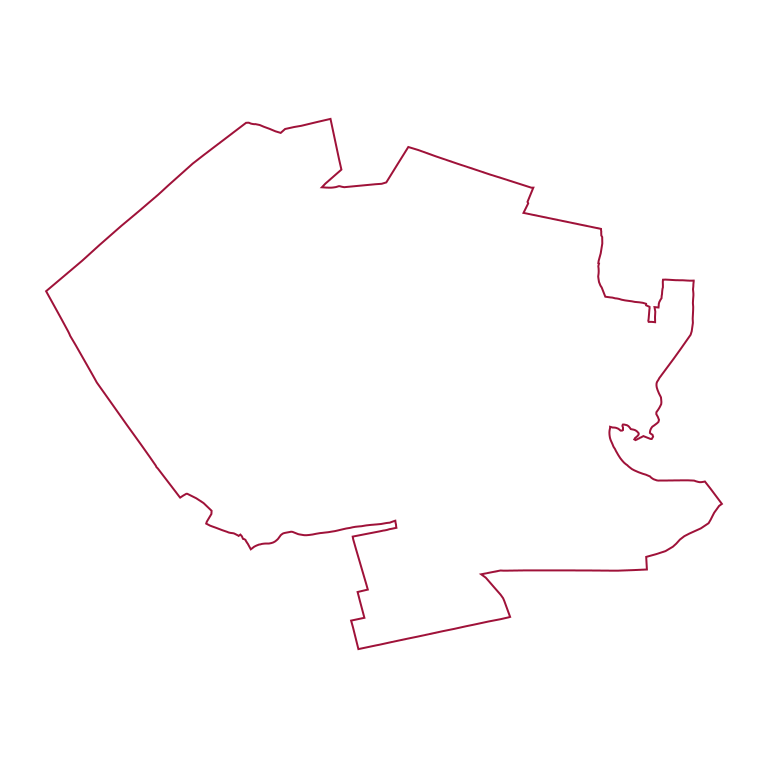 SAG, Timis, Romania
{"feature_id": "2599482B10512528259578", "entity_name": "SAG", "entity_type": "district", "adm_level": 2, "iso_a3": "ROU", "parent_name": "Romania", "parent_adm1": "Timis", "projection": "natural_earth1", "projection_center": [21.184, 45.66], "detail": "fine", "context": "isolated", "style": "outline", "palette": "rose", "viewbox_px": 768, "rotation_deg": 0, "n_neighbors": 0, "source": "geoboundaries", "source_scale": "gbopen_adm2", "svg_char_len": 5646}
<svg xmlns="http://www.w3.org/2000/svg" viewBox="0 0 768 768"><path d="M721.9,503.9L710.9,489.2L704.9,481.5L703.6,481.8L701.6,482.1L699.9,482.2L698.2,481.9L696.0,481.3L694.1,480.6L687.2,480.3L676.4,480.4L667.8,480.5L659.9,480.5L658.7,480.6L656.9,480.4L655.5,479.9L653.5,479.2L651.8,478.1L650.7,477.2L650.0,476.4L648.7,475.9L645.9,474.7L642.9,473.8L638.5,472.2L634.2,470.3L631.8,469.0L629.9,467.5L628.4,466.3L627.3,465.2L626.0,464.3L624.1,462.7L622.2,460.6L620.3,458.2L618.3,455.1L615.9,450.9L615.0,449.0L614.4,448.1L613.5,446.7L612.5,444.2L611.6,442.2L610.7,440.2L610.0,438.0L609.7,436.3L609.5,434.7L609.4,432.6L609.5,431.0L609.7,429.7L610.1,427.9L610.1,426.8L612.6,427.5L613.6,427.5L615.4,427.7L616.5,428.0L618.2,428.7L619.4,429.6L620.6,430.6L622.1,430.6L623.0,430.0L623.0,427.5L622.4,425.9L622.8,424.6L623.5,424.5L624.4,424.6L626.9,425.2L628.1,425.9L628.9,426.6L629.8,427.7L630.8,429.1L632.3,429.4L633.8,429.7L635.2,430.2L636.5,431.0L637.4,431.8L638.7,433.3L638.6,434.6L637.6,435.9L635.9,437.4L635.2,437.9L634.3,439.4L635.6,440.1L636.5,439.6L636.9,439.5L638.3,438.7L639.3,438.3L640.2,437.6L640.8,437.5L643.4,436.1L650.4,438.9L651.7,439.0L653.1,436.7L652.5,434.8L650.9,433.8L649.9,432.9L650.0,431.6L650.3,430.2L651.1,428.4L652.3,426.7L653.8,425.7L657.0,423.3L658.4,422.0L659.0,419.9L657.9,417.0L656.3,414.1L656.4,412.2L658.1,409.8L659.6,407.4L661.2,404.2L661.4,402.1L661.2,399.6L661.0,397.8L661.0,397.5L660.6,396.6L659.0,393.5L657.6,390.1L656.8,387.6L656.5,385.7L656.5,384.2L656.6,383.2L657.1,381.8L658.4,379.8L659.3,378.1L673.9,358.4L681.0,348.5L686.6,340.5L690.6,334.8L691.7,331.3L692.2,327.8L692.9,322.9L692.7,318.7L693.1,310.7L693.2,306.9L692.9,303.1L693.1,299.3L693.4,295.7L693.4,293.5L693.2,291.2L693.0,289.3L693.3,286.6L693.4,284.1L693.7,281.4L693.7,280.6L690.8,280.7L688.0,280.6L683.3,280.3L676.0,280.2L669.4,279.8L665.6,279.6L663.0,279.7L662.8,281.9L662.9,285.1L662.9,287.4L662.5,288.8L662.2,291.2L662.0,294.2L661.7,295.7L661.5,298.3L660.5,299.7L660.1,300.6L659.4,301.8L658.8,303.8L658.7,305.7L658.5,307.5L654.5,307.1L655.3,311.6L655.2,313.3L655.0,317.3L655.1,320.4L655.1,322.2L652.1,321.9L648.7,321.9L648.3,320.8L648.6,319.1L649.0,314.5L649.4,309.5L649.6,308.3L649.5,306.8L646.1,305.3L646.1,303.8L642.7,302.8L639.2,302.3L634.8,301.9L631.8,301.3L625.1,300.4L621.6,299.7L619.0,298.9L617.0,298.5L615.0,298.3L614.0,298.0L612.4,297.6L610.3,297.4L605.3,296.7L601.7,287.5L600.4,285.5L599.0,282.0L598.5,278.8L598.2,276.5L598.6,273.4L598.7,271.3L598.6,268.5L598.3,266.2L599.0,263.5L598.3,263.2L598.7,260.7L600.7,253.4L602.3,243.5L602.2,238.0L602.2,237.1L601.8,236.3L601.3,235.5L601.3,234.7L601.2,232.6L601.3,231.9L601.1,230.7L601.0,228.9L523.5,212.9L527.9,204.0L528.2,203.3L527.5,201.9L533.3,187.7L531.4,187.7L501.8,178.2L489.9,174.5L473.8,169.1L458.3,164.0L435.7,156.3L418.2,150.0L408.3,147.0L397.7,164.0L386.3,182.4L381.7,183.8L375.8,184.2L346.1,187.0L344.3,187.2L343.1,187.0L341.6,186.7L339.7,186.2L339.0,186.2L338.8,186.2L335.8,187.1L333.1,187.5L330.8,187.7L326.7,187.6L321.9,187.3L325.4,183.6L341.4,169.6L339.0,159.0L330.5,118.9L316.7,122.1L301.3,125.8L294.2,127.0L285.1,129.0L280.7,132.9L275.4,131.3L269.7,128.9L263.7,126.7L259.7,125.0L255.3,124.1L254.3,124.2L252.8,124.0L250.9,123.6L248.8,122.7L246.1,122.8L214.4,146.9L203.9,154.9L192.7,163.6L168.3,185.4L158.4,194.5L137.8,212.1L121.4,225.8L99.5,245.0L82.2,260.7L58.9,280.4L46.1,291.2L56.1,309.3L61.7,319.5L68.2,331.5L69.5,334.2L70.2,335.9L75.7,345.2L89.3,369.1L94.6,378.5L96.8,382.5L109.5,400.4L126.9,425.0L141.1,444.7L150.5,458.0L155.9,465.8L156.3,466.9L157.9,468.6L163.7,476.2L169.3,483.5L180.0,497.5L179.4,498.1L183.2,495.6L186.3,493.8L187.3,493.8L196.3,498.3L203.6,503.1L211.6,510.8L211.4,514.0L209.9,516.5L206.8,521.7L206.2,523.6L210.0,525.6L212.1,526.4L216.3,527.9L222.3,530.2L227.0,531.8L228.7,532.5L230.5,532.9L232.1,533.1L233.0,533.2L234.2,533.5L238.1,535.5L238.6,535.9L240.4,534.6L241.9,536.3L242.9,538.6L243.2,539.0L243.9,539.0L244.6,539.4L245.2,539.7L245.6,540.1L245.8,540.7L246.0,541.1L246.6,541.9L246.7,542.3L247.0,542.7L247.7,543.6L250.8,549.3L252.8,547.8L253.9,546.9L254.8,546.4L256.4,545.6L258.9,544.6L260.2,544.4L262.0,543.9L264.4,543.6L266.8,543.5L269.1,543.5L271.2,543.1L273.1,542.5L274.3,541.9L275.3,541.3L277.2,539.7L278.1,538.8L279.4,537.0L280.1,536.1L280.6,535.3L281.3,534.7L282.5,533.8L283.2,533.4L284.5,533.0L286.0,532.7L290.3,531.9L291.0,531.7L292.6,531.9L293.6,532.3L296.6,533.5L298.1,534.1L299.4,534.4L303.7,535.1L304.7,535.2L306.5,535.2L308.9,535.0L312.6,534.5L316.0,533.8L320.1,533.1L322.2,532.9L324.6,532.6L328.3,532.2L331.8,531.6L335.0,531.1L338.1,530.4L341.0,529.7L346.2,528.5L350.0,527.9L352.5,527.3L355.4,526.8L358.2,526.5L361.6,526.2L365.0,525.6L366.3,525.4L370.8,524.9L376.8,524.4L381.0,524.0L384.3,523.4L386.6,523.0L388.3,522.8L389.7,522.7L390.7,522.3L394.9,520.8L395.3,520.7L395.6,523.0L396.0,524.5L396.1,526.0L396.2,526.9L396.4,527.8L392.1,528.7L389.4,529.2L387.1,529.9L384.7,530.4L383.1,530.6L382.3,530.8L379.5,531.4L365.0,534.2L352.7,536.6L353.2,539.3L355.9,548.8L361.0,566.2L366.4,584.6L367.8,589.6L357.6,592.0L360.0,601.3L364.4,617.8L351.1,620.6L353.0,627.4L358.4,649.1L376.0,645.4L379.6,644.7L391.4,642.1L407.4,638.7L417.7,636.6L442.7,631.2L454.1,628.9L466.3,626.2L474.1,624.6L488.5,621.5L500.5,619.2L508.8,617.3L510.1,616.9L504.3,601.0L503.1,598.2L500.6,594.7L494.3,587.5L485.8,577.7L481.2,574.3L500.5,570.5L503.9,570.7L525.3,570.4L561.8,570.4L566.6,570.4L592.2,570.5L617.0,570.7L633.4,570.1L646.9,569.5L646.2,556.9L656.0,554.2L665.5,551.1L672.9,546.7L676.3,543.6L679.9,539.6L684.3,536.2L689.3,533.6L700.8,528.4L708.6,523.2L710.7,519.6L712.4,516.2L714.2,512.7L719.1,505.9L721.9,503.9Z" fill="none" stroke="#9f1239" stroke-width="2"/></svg>